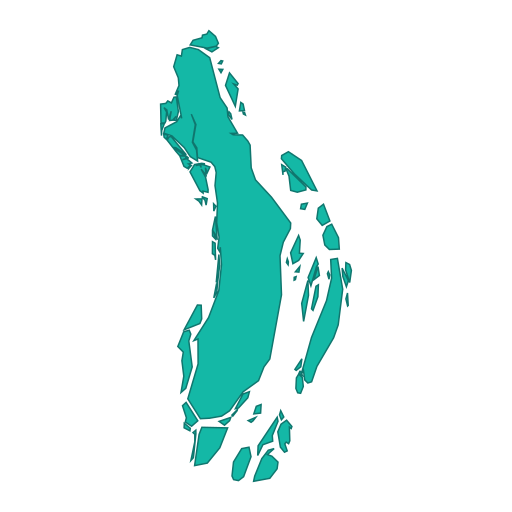 the district of Bhola, Barisal, Bangladesh
{"feature_id": "16705992B37732832620169", "entity_name": "Bhola", "entity_type": "district", "adm_level": 2, "iso_a3": "BGD", "parent_name": "Bangladesh", "parent_adm1": "Barisal", "projection": "natural_earth1", "projection_center": [90.703, 22.35], "detail": "fine", "context": "isolated", "style": "filled", "palette": "teal", "viewbox_px": 512, "rotation_deg": 0, "n_neighbors": 0, "source": "geoboundaries", "source_scale": "gbopen_adm2", "svg_char_len": 6131}
<svg xmlns="http://www.w3.org/2000/svg" viewBox="0 0 512 512"><path d="M175.3,94.2L177.0,94.8L177.1,93.1L178.6,90.6L177.2,95.5L181.7,118.3L180.6,115.6L176.7,121.7L165.0,127.9L163.8,133.2L171.8,135.8L184.3,147.6L190.3,156.6L197.6,161.1L196.5,150.0L192.4,142.3L195.3,124.7L191.3,114.1L195.9,124.5L192.9,141.9L196.8,147.8L197.5,157.5L211.1,162.2L214.8,166.6L216.2,172.5L215.0,185.6L217.5,203.0L216.7,222.6L219.1,237.2L217.7,248.3L219.8,251.9L220.3,247.2L221.5,264.7L218.8,290.6L208.6,317.5L193.9,340.6L198.0,339.0L198.1,363.9L187.8,398.8L200.4,418.7L209.6,418.2L221.6,416.1L229.6,410.8L243.1,391.8L258.5,380.7L264.0,366.8L269.8,359.0L281.5,294.8L280.0,255.7L283.3,242.2L290.4,228.6L290.7,223.0L271.5,197.2L255.5,179.9L251.2,167.8L250.1,145.1L247.8,141.0L242.6,135.0L233.2,134.8L231.0,133.4L237.5,133.2L227.9,116.7L227.1,108.0L220.1,97.6L209.7,57.7L198.4,49.6L189.7,47.4L182.4,49.6L181.4,56.1L177.1,54.8L173.7,66.7L178.3,77.8L179.0,85.5L175.3,94.2ZM342.7,289.2L337.4,258.4L330.7,259.5L331.6,278.2L326.5,300.7L311.5,337.5L302.2,370.8L302.1,373.2L303.5,370.6L304.7,379.9L307.8,383.0L311.6,381.8L316.9,366.4L333.6,337.8L338.2,324.9L342.7,289.2ZM227.6,427.9L201.9,427.3L199.1,434.4L194.6,465.6L207.3,463.1L219.8,447.8L227.6,427.9ZM317.0,190.9L301.6,160.5L288.4,151.7L281.7,155.5L281.4,158.7L294.4,173.9L311.6,190.0L317.0,190.9ZM181.0,392.5L185.8,388.3L192.2,366.9L188.8,340.9L190.8,334.1L189.2,330.2L183.7,331.8L177.8,346.5L183.3,352.1L181.9,360.7L183.8,376.2L181.0,392.5ZM253.6,481.3L269.8,478.3L277.1,468.8L278.0,462.1L271.9,456.2L267.4,454.6L274.1,448.6L268.3,450.2L261.8,458.6L254.7,476.1L253.6,481.3ZM238.5,480.6L243.6,476.7L251.0,456.7L249.0,447.2L241.7,448.6L233.5,462.0L232.0,476.0L233.6,479.6L238.5,480.6ZM205.0,163.8L201.7,163.3L194.6,164.5L190.0,171.9L199.9,190.7L203.1,193.1L203.0,191.1L208.0,192.3L208.1,189.6L205.5,177.0L201.1,169.1L206.1,175.0L205.4,167.7L207.2,172.8L209.9,167.0L203.0,164.6L200.3,164.7L201.3,167.5L199.7,164.8L195.7,165.6L199.7,164.1L205.0,163.8ZM338.5,237.7L331.7,224.2L326.9,226.6L322.9,235.2L324.8,245.0L329.4,249.5L339.3,249.1L338.5,237.7ZM161.0,123.0L164.9,123.0L165.8,121.1L166.6,112.0L164.0,107.6L166.8,109.9L168.6,119.6L171.2,111.2L169.6,120.5L172.5,120.2L176.2,116.3L173.4,120.2L176.3,120.3L178.4,111.6L176.3,97.0L174.0,97.2L171.4,102.9L167.8,100.9L165.8,103.4L160.6,104.1L161.0,123.0ZM291.9,426.5L286.6,420.2L281.0,424.2L277.8,431.8L280.4,447.2L284.5,452.2L287.2,450.9L284.8,443.8L286.2,442.1L288.6,443.7L289.8,440.8L289.4,427.1L291.2,428.5L291.9,426.5ZM190.2,44.9L207.1,48.1L216.3,46.1L218.4,43.3L215.5,36.4L208.9,30.7L206.8,34.1L202.5,35.1L202.0,37.8L193.1,40.3L190.2,44.9ZM238.1,83.6L229.5,72.9L225.5,85.4L235.3,106.3L238.1,88.9L233.7,84.0L237.2,85.2L238.1,83.6ZM184.1,329.8L199.9,323.5L201.7,318.9L201.2,305.2L197.4,305.0L184.1,329.8ZM305.9,186.9L287.3,168.8L285.9,168.6L289.0,176.1L290.7,190.4L297.3,192.2L305.9,189.9L305.9,186.9ZM272.7,441.2L272.3,435.6L278.0,421.3L277.2,417.2L258.1,445.8L257.7,455.5L262.9,444.7L272.7,441.2ZM185.3,422.0L191.6,426.2L197.8,420.8L186.1,402.4L182.5,405.7L186.4,417.8L185.3,422.0ZM303.2,253.5L299.4,253.2L300.2,240.1L298.6,235.5L290.6,252.8L292.9,263.7L298.7,260.4L303.2,253.5ZM323.5,204.2L318.3,208.2L316.8,218.8L322.2,225.4L329.9,221.0L323.5,204.2ZM303.6,321.4L308.5,295.3L307.9,280.5L301.7,303.4L303.6,321.4ZM310.9,285.8L316.5,266.6L318.2,264.0L316.2,257.7L308.1,277.5L310.9,285.8ZM300.6,393.3L303.3,386.5L302.3,377.5L298.7,374.1L296.4,377.9L295.9,388.4L297.7,392.8L300.6,393.3ZM238.6,407.9L247.8,397.8L249.4,391.7L243.0,394.0L235.4,408.7L238.6,407.9ZM167.2,140.2L172.8,147.4L175.9,147.7L186.3,154.8L171.2,136.7L169.1,136.8L167.2,140.2ZM184.0,166.4L187.3,168.3L189.1,166.5L188.8,168.4L191.4,165.5L188.5,163.9L191.9,163.0L186.7,158.7L182.4,159.7L186.5,158.2L185.3,157.1L188.7,158.3L186.4,156.2L179.8,155.9L184.0,166.4ZM313.0,310.4L317.9,296.7L318.4,284.8L316.0,286.3L311.5,308.8L313.0,310.4ZM349.7,282.5L351.4,270.4L349.6,264.5L345.9,262.6L345.6,270.0L349.7,282.5ZM346.4,286.7L348.4,280.6L342.1,268.1L342.8,276.4L346.4,286.7ZM253.8,413.9L260.6,413.1L261.1,404.5L256.3,406.3L253.8,413.9ZM212.5,230.1L215.1,234.1L217.2,239.8L215.4,216.5L212.5,230.1ZM212.4,253.7L214.8,255.3L215.6,259.9L215.1,243.2L212.5,241.7L212.4,253.7ZM217.6,282.6L219.6,265.5L218.9,254.5L216.3,281.8L217.6,282.6ZM224.5,425.2L229.6,420.7L230.8,417.4L219.1,421.4L224.5,425.2ZM300.6,208.7L304.8,209.4L307.4,203.1L301.4,204.2L300.6,208.7ZM218.3,47.7L215.6,46.4L206.0,48.8L211.9,51.9L218.3,47.7ZM313.9,279.7L319.4,275.5L318.0,266.6L313.9,279.7ZM194.8,441.8L190.9,460.5L193.4,457.7L195.9,433.7L195.8,430.2L193.0,432.6L194.8,434.3L194.8,441.8ZM244.5,110.6L243.1,104.0L240.8,102.4L239.4,110.9L244.5,110.6ZM296.2,370.4L300.8,366.8L301.9,358.8L294.9,369.4L296.2,370.4ZM179.5,155.5L184.8,155.3L173.1,147.7L175.6,151.0L179.5,155.5ZM189.9,430.8L190.3,428.3L184.3,423.3L184.1,427.8L189.9,430.8ZM285.0,171.2L285.8,167.2L281.7,164.7L283.0,174.9L282.9,171.7L285.0,171.2ZM201.6,204.9L202.0,198.9L195.9,199.0L199.0,201.2L201.6,204.9ZM281.4,419.8L283.8,417.0L280.7,410.7L279.5,414.9L281.4,419.8ZM251.1,422.3L253.0,420.9L255.7,417.4L248.2,420.6L251.1,422.3ZM161.5,135.6L161.7,130.5L164.3,123.7L160.8,123.8L161.5,135.6ZM213.8,297.9L216.8,292.1L217.5,283.6L216.5,283.9L213.8,297.9ZM347.5,293.0L345.9,298.9L347.6,306.0L348.2,305.4L347.5,293.0ZM298.9,272.1L299.8,266.5L295.4,271.8L298.9,272.1ZM166.2,139.2L168.1,135.2L163.7,134.1L164.1,137.2L166.2,139.2ZM206.1,205.1L207.2,198.6L201.8,196.6L205.0,200.3L206.1,205.1ZM215.2,238.8L214.2,233.2L212.5,231.8L212.5,235.9L215.2,238.8ZM232.0,119.4L230.7,113.7L229.0,111.8L228.2,114.4L232.0,119.4ZM329.0,279.2L329.7,274.9L328.3,271.7L327.4,273.7L329.0,279.2ZM222.8,69.4L218.9,69.2L221.0,72.7L222.8,69.4ZM213.8,211.1L215.9,206.2L213.6,203.8L213.8,211.1ZM222.7,61.0L221.0,60.6L218.5,63.4L221.3,63.9L222.7,61.0ZM288.1,264.8L288.4,261.9L287.3,258.8L286.4,262.4L288.1,264.8ZM294.1,280.2L295.4,279.6L296.1,276.6L294.2,277.3L294.1,280.2ZM232.8,416.1L237.1,410.7L237.4,409.6L231.9,415.1L232.8,416.1ZM245.4,115.0L244.6,112.6L243.0,112.4L243.4,114.0L245.4,115.0ZM302.4,375.5L300.6,371.4L299.9,371.3L298.9,373.5L302.4,375.5Z" fill="#14b8a6" stroke="#0f766e" stroke-width="1.5"/></svg>